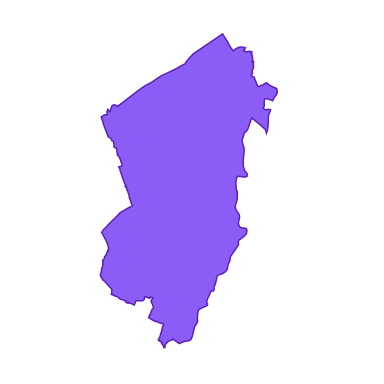 the district of Valeni, Neamt, Romania, rotated 71°
{"feature_id": "2599482B70512380232271", "entity_name": "Valeni", "entity_type": "district", "adm_level": 2, "iso_a3": "ROU", "parent_name": "Romania", "parent_adm1": "Neamt", "projection": "albers", "projection_center": [26.711, 47.039], "detail": "fine", "context": "isolated", "style": "filled", "palette": "violet", "viewbox_px": 384, "rotation_deg": 71, "n_neighbors": 0, "source": "geoboundaries", "source_scale": "gbopen_adm2", "svg_char_len": 5922}
<svg xmlns="http://www.w3.org/2000/svg" viewBox="0 0 384 384"><g transform="rotate(71 192 192)"><path d="M200.9,290.6L206.3,289.6L211.4,289.0L215.5,288.8L218.6,289.4L219.5,289.8L219.6,290.2L220.5,290.5L220.2,291.0L220.4,291.3L221.3,291.8L222.5,293.0L223.8,294.0L224.0,294.2L224.6,295.8L225.6,296.1L227.0,297.2L227.4,298.8L228.0,299.0L228.7,298.8L229.3,298.8L230.0,299.4L230.4,299.5L231.2,299.9L232.2,300.0L234.1,301.5L234.6,302.3L236.1,302.8L238.8,304.3L240.3,305.5L240.9,305.8L244.5,305.4L245.5,304.8L246.4,304.8L248.0,303.7L254.9,300.8L257.4,299.6L258.4,299.7L259.8,300.3L261.8,300.9L262.1,301.1L262.3,301.6L262.9,301.3L263.2,300.7L263.8,300.2L263.6,300.1L263.7,299.6L265.3,298.8L265.6,298.4L265.6,298.0L266.5,296.9L267.3,296.3L269.9,294.8L271.3,292.7L273.6,289.9L274.0,289.9L274.2,290.5L274.4,290.5L275.9,289.3L276.5,288.5L276.4,288.1L275.9,287.9L280.1,283.3L276.6,280.5L276.7,279.9L277.3,278.7L278.3,275.5L278.8,274.2L278.8,273.9L278.4,273.3L278.1,272.2L275.6,270.7L275.8,270.3L277.4,268.3L278.6,267.1L278.7,266.7L277.7,265.7L279.6,263.5L280.3,264.2L281.1,265.9L282.4,266.4L285.4,265.9L286.9,266.0L288.3,266.0L288.9,266.2L289.6,267.0L289.9,267.8L290.5,268.5L293.6,270.9L294.5,272.1L296.6,273.9L298.5,272.6L299.0,272.0L301.3,270.1L302.4,268.9L302.4,267.9L303.2,267.6L303.9,266.6L305.3,265.1L306.3,263.6L307.2,262.7L307.4,262.1L307.7,262.1L309.1,262.7L309.6,263.2L309.8,263.8L310.3,264.1L310.7,264.1L312.7,265.6L314.4,266.5L315.6,267.6L318.5,269.5L320.8,272.0L321.6,272.1L322.2,270.9L322.6,271.0L324.6,269.2L325.1,270.0L325.6,269.7L326.4,269.7L327.7,269.3L328.4,268.9L329.9,269.3L330.3,268.2L327.8,267.3L327.6,267.1L327.7,266.9L327.4,266.7L326.5,265.2L326.0,263.7L325.4,263.2L325.3,258.8L324.5,258.0L327.0,256.5L331.2,253.3L330.8,248.3L331.5,244.0L331.5,242.2L330.9,240.8L329.6,239.6L328.1,238.4L320.4,233.5L319.6,232.6L317.2,229.6L316.4,228.9L313.9,228.3L310.8,227.1L307.9,225.7L305.8,224.2L305.2,223.3L304.5,217.8L304.6,216.4L304.3,215.0L304.0,214.4L303.0,213.7L302.3,214.0L300.8,213.9L299.6,213.3L297.6,211.7L295.0,209.1L292.1,206.6L292.4,203.9L291.8,203.1L291.1,202.6L290.3,202.7L289.3,202.3L286.5,199.8L279.5,195.4L279.2,194.6L279.0,192.7L279.2,189.8L278.2,186.3L276.5,183.7L274.8,183.0L271.8,181.1L270.0,179.2L268.0,177.9L266.0,177.1L263.5,173.9L259.1,167.8L256.9,165.1L254.5,164.5L253.6,164.1L252.7,163.4L252.6,162.6L251.7,159.6L250.7,157.0L249.2,154.1L247.2,153.2L246.2,152.5L244.4,152.5L243.8,153.0L242.1,156.5L241.4,157.4L240.1,158.4L238.7,158.5L237.0,158.4L234.8,157.4L233.1,156.2L230.8,155.0L229.0,154.8L227.4,155.0L223.6,156.1L221.6,156.2L219.6,155.7L217.9,154.7L214.8,152.3L213.1,151.4L207.7,149.4L206.3,149.1L204.1,149.3L197.5,147.5L195.6,146.6L193.2,145.2L192.3,144.1L192.3,142.8L193.3,140.6L194.4,139.1L195.2,136.2L195.1,134.9L193.6,134.0L192.5,133.9L189.0,135.2L184.3,135.1L179.0,133.4L170.2,129.3L168.4,128.8L166.9,128.4L163.8,128.4L160.1,128.0L158.6,127.4L156.5,125.5L153.3,123.6L152.1,120.5L150.6,118.7L149.6,117.8L146.4,115.6L144.8,114.0L143.1,113.0L141.6,111.3L151.4,105.2L152.0,105.0L153.8,103.9L154.8,103.4L156.4,102.4L157.2,102.2L160.6,102.5L158.2,100.6L155.5,99.1L149.0,96.4L146.9,95.8L145.8,95.2L144.6,94.8L141.1,91.8L139.7,90.9L139.5,91.5L138.7,92.5L138.6,93.8L138.7,94.9L136.6,97.2L135.6,97.1L135.2,96.6L133.9,95.5L129.6,94.2L128.5,93.6L128.1,93.2L127.9,92.5L128.0,91.7L128.3,90.6L128.9,89.7L132.0,86.0L130.6,84.7L129.5,83.5L127.7,80.8L126.0,79.2L125.2,78.8L122.7,78.2L121.9,78.3L121.3,78.7L118.7,81.5L116.6,83.6L115.6,84.3L113.0,85.9L113.3,86.5L113.2,86.8L113.1,88.5L113.9,89.6L113.9,90.0L113.6,91.2L113.6,91.5L113.9,91.9L113.9,93.4L113.7,95.4L110.4,95.5L105.7,95.9L103.7,95.7L103.0,96.8L101.2,98.1L99.9,96.7L99.0,96.0L98.0,96.0L96.7,95.5L95.3,94.0L94.1,93.2L92.8,92.7L92.1,93.0L90.7,92.2L88.6,91.3L88.3,91.4L88.0,91.6L88.9,92.0L89.2,92.3L89.0,92.6L88.7,92.8L88.2,92.6L87.1,91.8L85.9,91.3L83.0,90.6L81.2,90.7L80.3,90.3L80.1,91.0L79.9,91.2L79.5,91.0L79.5,90.8L79.5,90.4L78.9,89.8L77.8,91.3L77.3,94.4L77.0,95.0L77.0,95.3L76.6,95.6L76.0,96.6L75.4,97.2L74.8,96.9L74.5,96.2L73.2,94.5L72.2,95.6L71.4,97.1L70.8,98.8L70.5,100.4L70.5,101.9L71.0,104.4L72.1,107.1L67.9,108.4L61.2,109.6L52.5,111.6L53.4,115.4L54.6,119.4L61.6,145.3L61.8,145.9L65.9,153.4L68.3,156.6L68.6,157.3L68.8,159.1L69.6,163.9L70.1,165.8L70.4,167.8L71.2,174.7L71.8,179.2L71.8,180.9L71.9,181.9L72.7,185.7L75.0,194.2L75.5,196.8L76.1,200.9L77.3,205.8L78.4,209.3L86.8,234.5L86.4,234.5L85.6,235.1L85.5,235.6L84.9,236.3L84.0,237.7L84.6,239.8L88.8,243.0L89.1,243.5L88.2,243.7L88.0,244.3L87.6,244.3L87.1,244.7L86.6,244.5L86.4,244.7L87.6,245.5L88.1,246.2L90.1,246.6L91.0,246.7L91.0,247.8L90.6,249.5L91.0,251.8L91.6,253.4L91.9,253.6L92.5,253.4L94.0,253.5L95.7,253.3L97.4,253.6L100.8,253.6L106.9,253.4L108.2,253.1L108.5,253.3L112.3,253.3L112.8,253.2L114.4,251.6L115.9,251.1L117.6,251.1L118.1,250.2L119.2,249.8L120.9,250.2L122.1,250.3L123.7,251.2L124.5,250.8L124.6,250.4L125.2,250.2L125.6,249.9L125.5,249.5L125.8,249.4L127.3,249.2L129.9,250.0L131.0,249.6L131.2,249.9L132.3,250.1L132.5,250.5L132.7,250.2L134.1,250.0L135.9,249.2L136.5,249.5L136.9,249.3L138.7,249.0L140.3,249.4L141.4,249.2L143.4,249.2L144.3,249.6L144.5,250.2L144.3,252.9L144.9,253.1L145.9,253.0L146.2,252.7L146.7,252.6L147.2,252.6L148.0,253.0L154.5,252.9L156.8,253.1L158.5,252.9L162.5,252.9L162.8,252.9L163.3,252.6L164.5,252.8L165.1,253.5L165.3,253.5L165.4,253.3L165.2,253.0L165.5,252.6L165.5,252.1L165.8,252.0L166.1,252.2L166.1,252.6L166.4,252.7L166.9,252.7L167.2,252.5L167.7,252.8L168.0,252.7L168.4,252.8L168.6,252.7L169.1,252.8L170.9,252.6L173.1,252.6L175.1,252.5L176.2,253.1L178.2,253.0L183.5,253.1L185.4,252.7L185.6,252.8L185.6,253.2L186.1,255.2L186.0,255.7L186.1,256.2L186.2,257.2L186.3,257.5L186.4,258.0L186.5,259.2L187.4,262.1L187.3,262.4L187.4,263.4L187.7,265.0L188.2,266.3L188.4,267.2L188.6,267.5L188.7,268.1L188.8,268.2L189.1,268.2L189.4,268.7L195.0,280.7L197.7,285.4L198.0,286.4L198.6,287.6L200.9,290.6Z" fill="#8b5cf6" stroke="#5b21b6" stroke-width="1.5"/></g></svg>